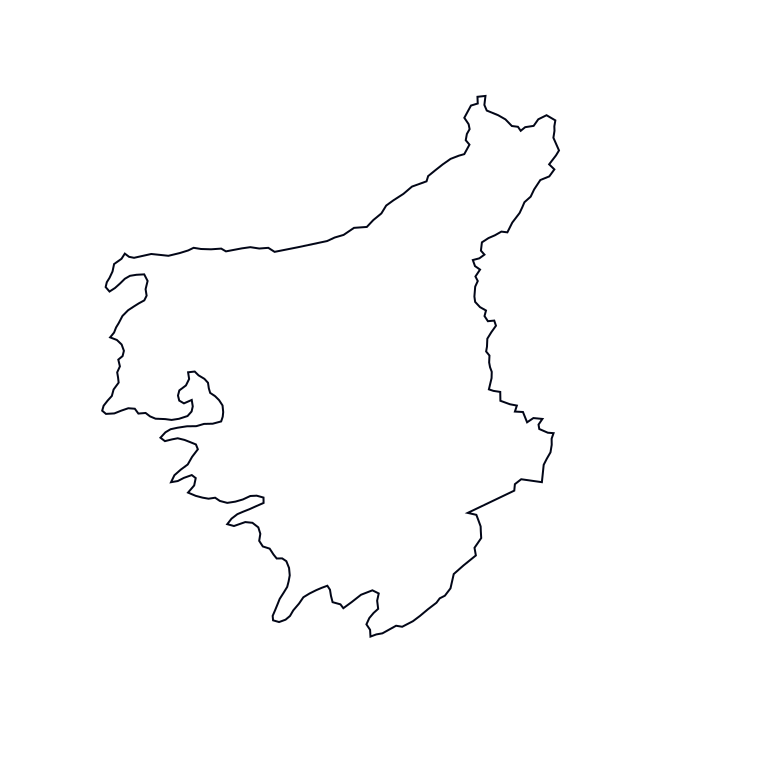 Antônio Olinto, Paraná, Brazil, rotated 65°
{"feature_id": "56859067B14097519009978", "entity_name": "Antônio Olinto", "entity_type": "district", "adm_level": 2, "iso_a3": "BRA", "parent_name": "Brazil", "parent_adm1": "Paraná", "projection": "equal_earth", "projection_center": [-50.135, -25.945], "detail": "fine", "context": "isolated", "style": "outline", "palette": "ink", "viewbox_px": 768, "rotation_deg": 65, "n_neighbors": 0, "source": "geoboundaries", "source_scale": "gbopen_adm2", "svg_char_len": 3969}
<svg xmlns="http://www.w3.org/2000/svg" viewBox="0 0 768 768"><g transform="rotate(65 384 384)"><path d="M570.0,515.6L568.0,505.5L565.3,493.9L566.1,481.7L571.6,477.3L577.5,481.8L585.3,484.3L587.1,490.2L589.9,496.2L594.4,501.5L600.9,500.5L607.2,503.0L607.7,496.8L609.3,490.8L608.2,475.2L611.7,470.1L611.2,458.0L609.4,449.5L606.7,439.3L604.4,428.9L601.8,424.1L601.6,418.3L597.3,410.1L585.7,401.1L582.0,388.5L578.2,373.2L570.7,371.2L564.7,361.0L558.4,358.5L553.9,356.6L547.0,356.0L541.6,355.6L536.2,362.6L535.7,311.0L530.1,307.7L528.3,299.9L539.7,282.4L524.7,273.4L520.5,268.0L516.3,262.0L510.0,257.7L504.4,255.2L500.2,251.1L497.4,256.1L490.4,262.3L486.1,261.1L482.6,255.2L478.0,263.0L479.2,270.5L468.1,269.9L464.3,277.0L459.7,272.7L455.6,278.4L448.4,285.6L440.3,282.0L436.5,287.7L433.2,291.2L424.1,284.0L418.5,281.2L413.6,280.8L408.9,279.6L402.8,276.4L397.7,277.7L393.7,274.9L386.6,271.2L382.4,264.8L378.5,257.9L373.1,257.3L371.0,263.3L364.9,264.2L360.5,260.5L354.9,264.5L348.1,266.7L342.9,265.1L334.3,260.2L330.3,255.5L325.2,255.7L320.9,248.6L315.6,251.7L309.2,251.1L310.4,244.5L309.2,238.3L304.1,239.8L297.0,235.4L295.9,227.6L296.1,220.7L295.5,213.2L298.7,208.1L291.9,199.5L286.3,188.8L282.1,183.8L278.6,179.9L276.2,171.9L271.1,165.7L265.2,156.1L265.7,146.5L261.5,138.9L254.7,141.5L249.5,131.5L246.3,126.7L232.4,126.4L226.6,122.5L222.4,120.7L217.5,117.3L209.1,123.1L209.3,132.3L213.3,139.3L210.9,147.5L212.3,153.1L207.5,153.9L204.2,159.1L195.5,162.1L188.7,166.9L179.6,175.3L173.5,175.1L165.8,170.3L163.2,177.9L169.4,180.5L168.4,187.5L176.7,198.7L184.3,197.5L189.2,198.7L192.4,203.2L197.6,206.9L203.2,205.4L209.6,214.1L208.7,219.7L208.1,228.5L209.8,238.0L212.0,247.3L214.2,256.1L218.3,259.8L216.9,275.2L219.9,286.1L221.5,297.8L223.2,306.6L228.3,314.3L230.9,324.4L234.4,333.2L229.8,345.2L231.8,357.6L230.4,366.8L230.4,375.1L223.7,404.1L218.0,427.3L211.7,431.3L208.5,439.8L203.5,447.3L201.0,455.5L197.0,471.2L192.5,474.3L188.8,483.9L184.3,492.8L180.1,499.0L180.2,505.0L179.0,513.8L176.7,525.2L173.2,531.0L167.8,540.0L164.0,557.2L161.0,561.3L156.3,563.8L159.6,569.0L161.2,577.9L167.3,582.5L171.8,587.9L174.6,592.2L178.5,595.3L184.2,593.7L183.3,587.2L181.3,580.6L179.1,574.4L178.6,568.5L180.4,562.2L183.3,555.0L190.7,554.7L197.3,560.0L203.6,561.8L206.9,565.9L207.3,572.2L208.0,577.8L209.0,584.7L211.8,592.3L216.7,598.7L219.5,602.9L223.3,606.9L226.0,612.5L231.2,607.5L237.3,605.1L244.0,605.7L248.2,609.1L249.6,614.5L256.4,615.9L260.7,620.9L265.8,622.3L270.6,623.9L274.7,631.4L279.8,635.7L282.2,641.4L285.2,647.3L289.1,650.7L293.6,648.6L296.7,640.8L297.1,633.5L297.9,626.0L301.1,620.3L307.0,619.1L309.5,612.3L314.5,609.7L318.9,605.7L323.3,597.2L326.8,591.7L328.9,584.5L330.0,575.6L327.6,570.0L323.5,566.8L317.2,565.0L317.0,573.5L312.5,576.6L307.4,575.6L303.3,572.2L301.6,564.1L297.1,558.5L290.6,556.6L292.7,550.3L297.8,548.4L303.4,544.6L308.5,543.0L313.9,544.6L318.6,545.3L323.7,542.2L328.9,540.3L335.2,539.4L341.5,541.6L345.5,544.0L349.1,547.4L347.6,556.0L344.1,564.0L342.9,571.9L339.0,580.6L336.4,589.5L334.8,596.5L335.4,602.5L338.2,609.3L343.2,606.7L344.6,599.5L346.0,593.9L350.4,588.4L354.9,584.1L359.3,580.0L364.5,580.3L368.9,588.7L374.0,595.9L375.7,604.3L378.1,612.5L383.0,618.5L384.8,611.9L384.5,605.1L385.3,596.7L389.7,594.4L395.7,598.9L399.6,607.5L405.8,601.9L410.3,596.5L413.8,591.5L415.7,585.1L420.6,582.2L425.5,576.3L427.8,568.4L429.0,560.7L429.0,552.5L431.4,546.6L436.0,541.2L440.9,543.4L440.7,551.6L440.6,558.8L440.2,565.6L440.0,571.9L441.6,579.1L444.8,585.3L449.3,580.0L450.5,568.1L454.2,561.9L460.8,558.5L467.5,559.4L473.4,563.4L480.0,562.5L484.9,557.2L491.9,556.2L496.8,555.0L499.0,550.0L503.3,547.4L510.6,547.8L517.6,550.3L522.5,553.8L527.0,557.5L530.7,563.1L534.7,569.4L538.2,573.1L543.1,578.4L547.1,582.9L551.3,584.4L555.4,579.7L556.0,572.8L554.5,567.2L550.8,561.9L547.1,553.8L543.2,547.2L542.4,540.0L542.2,532.5L542.4,526.6L542.9,520.6L547.6,519.9L553.6,521.6L560.0,522.8L565.3,516.6L570.0,515.6Z" fill="none" stroke="#020617" stroke-width="2"/></g></svg>